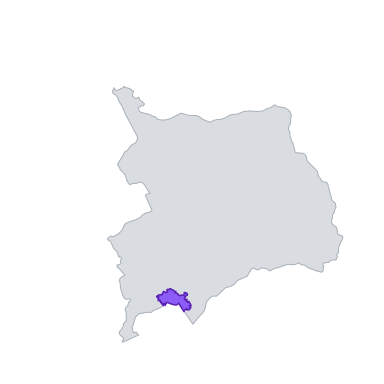 location of Pweto, Katanga, Democratic Republic of the Congo, rotated 65°
{"feature_id": "63176286B50481715267247", "entity_name": "Pweto", "entity_type": "district", "adm_level": 2, "iso_a3": "COD", "parent_name": "Democratic Republic of the Congo", "parent_adm1": "Katanga", "projection": "orthographic", "projection_center": [28.595, -8.698], "detail": "fine", "context": "in_parent", "style": "filled", "palette": "violet", "viewbox_px": 384, "rotation_deg": 65, "n_neighbors": 0, "source": "geoboundaries", "source_scale": "gbopen_adm2", "svg_char_len": 8044}
<svg xmlns="http://www.w3.org/2000/svg" viewBox="0 0 384 384"><g transform="rotate(65 192 192)"><path d="M312.1,247.1L287.2,251.0L287.6,252.4L287.4,253.9L286.8,255.1L284.2,258.2L280.5,261.0L280.5,261.7L282.3,264.9L283.5,269.3L283.2,277.0L283.8,279.1L283.7,280.7L282.4,282.5L279.9,291.7L281.6,296.2L286.5,300.4L289.3,303.5L294.1,304.6L294.9,304.4L295.2,301.9L299.0,300.9L299.0,317.3L298.7,318.3L298.0,318.5L297.0,317.9L296.8,316.4L295.8,315.7L291.1,317.7L289.9,317.7L288.6,317.3L287.7,316.5L287.4,315.2L284.1,310.4L282.5,310.1L280.7,305.8L273.3,302.6L270.4,302.4L269.0,301.4L267.5,298.0L265.0,295.8L264.5,293.4L264.0,293.1L262.5,293.6L261.2,297.4L259.5,298.3L256.5,298.4L248.9,297.4L243.5,295.4L242.1,295.6L239.9,293.8L239.0,290.9L239.4,288.6L239.0,288.2L230.8,290.2L228.8,291.4L226.9,291.1L226.4,290.5L227.2,288.9L226.7,287.2L226.1,286.5L223.7,285.9L222.9,284.1L221.4,283.8L220.9,284.1L220.5,285.3L219.6,285.8L214.7,285.2L209.6,286.9L202.7,286.6L199.5,288.6L199.0,288.5L198.3,287.5L197.6,284.4L197.9,283.6L198.9,282.9L199.3,281.7L198.9,278.4L199.1,277.7L198.7,275.8L197.6,272.9L196.1,270.5L193.0,266.9L192.4,265.2L192.5,261.1L193.4,254.6L193.2,249.8L191.9,246.7L191.5,243.4L192.3,237.3L191.4,235.9L175.7,235.7L175.1,235.3L174.8,234.5L175.4,230.9L165.9,232.0L163.0,232.7L161.3,234.2L160.8,236.1L160.8,238.7L159.4,241.2L159.0,245.5L156.4,246.0L153.8,246.1L148.7,245.3L143.8,246.6L141.4,247.8L140.2,247.3L135.8,247.9L135.2,247.6L129.9,239.4L127.6,236.7L127.1,235.4L127.3,234.1L126.6,232.3L124.2,228.1L123.7,226.1L123.7,223.0L123.4,222.0L121.3,219.4L119.9,218.5L118.3,218.1L93.1,219.4L84.8,219.2L78.8,219.8L75.7,219.7L74.8,219.3L72.1,220.0L70.7,221.2L68.6,221.9L67.2,221.7L64.6,218.7L68.1,218.0L68.3,217.7L68.3,210.3L67.4,209.3L69.2,207.9L72.2,204.5L75.2,203.2L75.5,202.5L76.2,202.5L77.3,203.9L79.9,205.5L83.0,203.8L83.4,203.4L83.7,200.2L84.5,199.9L85.9,200.5L86.7,200.5L88.0,199.5L92.1,197.8L93.3,199.8L92.3,201.6L92.8,202.9L92.9,204.9L93.6,205.4L96.8,205.5L97.8,205.0L104.1,197.4L105.7,196.5L108.4,193.5L112.0,192.1L113.5,189.8L115.5,185.6L116.4,179.7L115.9,169.6L116.2,168.2L120.5,163.5L125.0,155.1L128.0,152.8L130.3,151.9L133.8,148.7L136.6,145.6L136.2,142.0L136.9,138.9L138.4,135.0L138.9,130.9L138.4,126.7L138.6,123.2L140.7,117.5L140.9,111.1L142.8,105.7L146.6,98.8L148.4,93.7L148.1,88.8L148.7,85.1L148.5,82.9L147.9,81.1L148.2,79.9L149.6,79.4L151.4,77.5L154.7,72.5L158.1,70.1L160.5,69.3L163.0,69.3L164.6,69.7L167.2,71.5L170.1,73.0L172.4,74.8L174.5,77.7L179.9,78.3L182.1,79.3L183.5,79.7L184.0,79.4L185.1,79.5L187.7,80.4L189.7,79.8L199.6,81.6L200.7,80.6L203.5,75.5L205.6,73.7L209.0,73.5L211.6,74.4L213.0,74.4L225.2,69.9L226.8,69.7L231.3,70.7L234.1,69.9L235.3,70.1L237.8,69.3L239.9,66.3L241.5,65.5L259.1,68.7L261.8,67.1L263.0,66.9L266.9,68.1L268.1,69.9L270.5,71.5L272.1,74.2L274.8,75.7L276.1,77.1L277.6,78.1L280.8,78.4L284.9,76.0L287.7,76.3L290.6,77.6L291.6,77.5L293.8,76.1L294.9,74.6L296.0,74.3L297.7,75.0L299.1,76.4L300.4,78.4L304.8,83.0L309.0,85.0L310.1,87.8L311.6,87.5L312.4,87.8L313.5,89.6L314.3,89.9L314.4,90.6L313.4,92.3L312.4,95.5L313.7,97.5L312.6,100.4L312.0,103.3L313.4,104.1L315.2,104.0L316.8,105.6L318.1,105.8L319.4,107.5L319.2,108.9L315.0,113.7L308.7,119.6L306.5,120.3L305.4,121.4L304.7,123.1L302.8,124.6L301.4,125.2L301.3,129.5L299.2,133.9L298.3,134.8L297.2,142.1L297.4,143.3L296.2,149.3L296.4,154.8L293.4,156.6L291.2,159.3L290.3,161.2L290.4,165.7L286.9,168.5L286.6,169.1L287.5,172.3L288.8,172.8L288.8,173.9L291.6,177.3L291.4,187.9L291.6,188.9L293.1,191.4L294.0,196.2L292.9,202.3L296.8,213.5L295.0,217.6L295.9,221.5L298.1,225.6L303.5,229.7L304.9,231.4L306.2,233.6L307.5,237.1L312.1,247.1Z" fill="#d9dde1" stroke="#a8b0b8" stroke-width="1"/><path d="M282.9,263.6L282.5,263.3L281.6,261.3L281.7,261.0L282.6,260.2L283.8,259.1L285.6,257.2L286.2,256.3L286.9,255.5L287.6,254.3L287.8,253.0L287.6,252.0L287.2,251.3L287.1,251.1L287.3,251.0L288.0,250.9L290.5,250.7L296.9,249.9L297.0,249.8L296.9,249.6L296.7,249.5L296.5,249.4L296.3,249.3L296.1,249.1L296.0,248.9L295.9,248.4L295.8,248.2L295.6,247.6L295.5,247.0L295.6,246.5L295.8,246.9L296.1,246.9L296.3,246.8L296.4,246.7L296.2,246.2L296.3,246.0L296.4,245.9L296.5,245.9L296.9,245.8L297.0,245.7L297.3,245.2L297.4,244.7L297.5,244.6L297.5,244.4L297.4,244.2L297.5,244.0L297.4,243.7L297.1,243.6L296.9,243.2L296.4,242.4L296.4,242.2L296.2,242.0L295.8,242.3L295.7,242.4L295.6,242.5L295.3,242.7L295.2,242.7L295.0,241.9L294.9,241.8L294.6,241.9L294.8,241.6L294.7,241.5L294.5,241.4L294.4,241.1L294.5,240.9L294.4,240.7L294.3,240.8L294.2,240.8L293.4,241.1L293.1,241.0L292.9,240.9L292.2,240.7L291.6,241.2L291.3,241.4L290.8,241.3L290.7,241.1L290.5,240.9L290.3,241.0L290.2,241.0L289.8,241.1L289.8,241.3L290.0,241.3L290.0,241.6L289.9,241.7L289.8,241.8L290.0,241.9L290.0,242.0L290.0,242.3L290.0,242.6L289.6,242.6L289.1,242.9L288.9,243.0L288.8,242.9L288.9,242.7L288.2,242.7L287.8,242.4L287.3,242.0L287.2,242.0L287.3,242.2L287.2,242.3L287.1,242.5L286.9,243.0L286.8,243.3L286.7,243.4L286.8,243.5L286.7,243.5L286.6,243.8L286.4,244.0L286.2,244.1L285.7,244.1L285.4,244.0L285.3,243.4L285.1,243.3L284.8,243.3L284.8,243.2L284.6,243.0L284.4,242.9L284.2,243.0L283.9,242.9L283.9,242.7L284.3,242.4L284.3,242.2L283.8,242.0L283.8,241.8L283.7,241.6L283.7,241.3L283.4,241.0L283.5,240.7L283.6,240.1L283.3,240.0L283.3,239.8L283.2,239.7L282.9,239.5L282.4,239.3L282.1,239.3L281.9,239.4L281.7,239.5L281.4,239.7L281.4,239.8L281.5,239.8L281.4,239.9L281.3,240.0L281.0,240.2L280.6,240.2L280.4,240.6L280.0,241.1L279.9,241.4L279.9,241.5L280.2,241.5L280.8,241.8L280.9,242.2L281.4,242.5L281.6,242.6L281.8,242.6L282.1,242.8L282.2,243.1L281.5,244.5L280.8,245.1L280.8,245.8L280.9,246.1L281.0,246.3L281.0,246.5L280.9,246.7L280.6,246.9L279.6,247.7L279.1,248.2L278.7,248.3L278.6,248.2L278.6,247.9L278.2,247.8L277.8,248.1L277.6,248.2L277.4,248.4L277.3,248.6L277.2,248.7L276.8,249.0L276.6,249.0L276.4,249.3L276.2,249.2L275.9,249.1L276.1,249.4L276.3,249.9L276.0,250.0L275.9,250.0L275.8,249.9L275.7,249.9L275.4,249.7L275.2,249.5L274.9,249.4L274.7,249.6L274.0,250.0L273.9,250.1L273.4,250.3L273.0,250.4L272.8,250.6L272.7,250.8L272.4,251.0L272.2,251.5L271.7,251.7L271.4,251.7L271.3,251.9L271.2,252.1L270.8,252.2L270.7,252.4L270.6,252.5L270.3,252.7L270.3,252.8L270.3,253.0L270.4,253.3L270.8,253.8L270.8,254.2L270.5,254.3L270.4,254.5L270.2,254.9L269.9,255.2L269.9,255.8L270.1,256.0L270.5,256.2L270.8,256.3L271.6,256.2L271.9,256.2L272.1,256.4L272.3,256.7L272.3,257.2L272.3,257.6L272.2,258.1L271.8,258.4L271.0,258.7L270.7,259.1L270.4,259.5L270.2,260.1L270.4,260.3L270.7,260.6L270.8,260.7L270.9,261.0L271.1,261.2L271.6,261.6L271.9,261.7L272.0,261.9L272.2,262.1L272.4,262.2L272.4,262.4L272.2,262.6L272.3,263.1L272.2,263.3L272.0,263.5L271.8,263.6L271.7,263.8L271.8,264.0L271.8,264.4L271.4,264.9L271.4,265.7L271.4,266.2L271.2,266.8L271.3,267.1L271.9,268.3L272.2,268.3L272.3,267.9L272.3,267.4L272.4,267.2L272.7,267.1L272.8,266.9L273.0,266.9L273.0,266.7L273.5,267.1L274.1,268.0L274.4,267.8L274.6,267.5L274.9,267.4L275.1,267.5L275.3,267.8L275.6,268.0L275.8,268.2L275.9,268.4L276.1,268.5L276.2,268.3L276.3,268.1L276.3,267.6L276.3,267.4L276.5,267.4L276.9,267.5L277.0,267.5L277.1,267.4L276.7,266.8L276.7,266.7L277.4,266.7L278.7,266.6L278.6,267.0L278.9,267.1L279.6,266.8L280.1,266.5L280.4,266.5L280.6,266.6L280.8,266.0L281.0,265.1L281.7,265.1L281.8,265.1L282.3,265.2L282.4,265.3L282.2,265.4L282.2,265.5L282.1,265.4L282.0,265.5L282.0,265.4L281.9,265.6L282.0,265.6L282.2,265.8L282.3,265.9L282.2,265.9L282.1,266.0L282.3,266.0L282.5,265.9L282.4,265.8L282.5,265.7L282.5,265.4L282.5,265.2L282.2,265.0L282.3,264.9L282.5,264.9L282.6,265.0L282.5,264.9L282.4,264.9L282.5,264.9L282.7,265.0L282.7,264.9L282.7,264.7L282.4,264.8L282.3,264.7L282.1,264.5L282.2,264.3L282.1,264.2L282.0,264.3L281.9,264.3L281.6,264.4L281.7,264.2L281.8,264.2L281.7,264.2L281.8,263.9L281.7,263.7L281.7,263.3L281.7,263.2L281.8,263.1L281.8,262.9L281.9,263.0L281.9,263.3L282.1,263.2L282.1,263.3L282.2,263.5L282.1,263.8L282.0,264.0L282.1,263.9L282.2,264.0L282.3,264.0L282.5,263.9L282.4,263.9L282.6,263.9L282.8,263.9L282.7,263.8L282.7,263.7L282.9,263.6Z" fill="#8b5cf6" stroke="#5b21b6" stroke-width="1.5"/></g></svg>